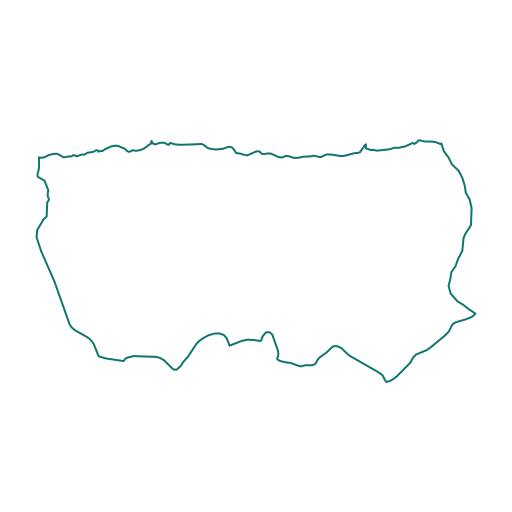 outline of Tarapacá, rotated 92°
{"feature_id": "CHL-2693", "entity_name": "Tarapacá", "entity_type": "Region", "adm_level": 1, "iso_a3": "CHL", "parent_name": "Chile", "parent_adm1": "", "projection": "equal_earth", "projection_center": [-69.568, -20.2], "detail": "fine", "context": "isolated", "style": "outline", "palette": "teal", "viewbox_px": 512, "rotation_deg": 92, "n_neighbors": 0, "source": "natural_earth", "source_scale": "10m", "svg_char_len": 3391}
<svg xmlns="http://www.w3.org/2000/svg" viewBox="0 0 512 512"><g transform="rotate(92 256 256)"><path d="M306.0,34.8L308.0,36.5L309.7,38.9L312.1,44.5L315.2,53.8L316.6,56.3L318.5,57.8L324.7,60.6L328.9,64.4L341.3,78.3L344.3,82.5L348.9,92.7L352.5,95.7L357.2,98.0L371.3,111.0L374.0,114.3L376.3,117.8L377.3,121.2L376.1,122.4L370.8,125.4L369.0,127.8L366.1,133.0L360.2,144.2L353.0,157.9L350.7,161.2L345.2,167.3L343.5,170.9L343.2,174.1L344.1,176.4L350.4,182.6L354.6,188.2L356.8,190.3L360.9,192.5L362.2,193.7L363.2,196.1L363.3,197.3L363.4,202.5L364.0,204.9L364.5,206.0L364.7,207.1L364.3,209.6L361.6,217.9L361.4,221.3L360.3,227.4L359.7,229.2L358.5,231.0L357.3,231.2L355.9,230.6L354.1,230.2L350.0,230.7L333.9,237.0L331.6,240.0L332.0,243.4L336.0,246.6L340.3,247.8L340.7,249.6L340.1,254.6L339.9,261.5L341.4,267.4L346.5,279.2L339.1,282.5L336.1,285.4L334.6,290.1L335.1,295.5L337.0,300.9L339.8,305.7L342.7,309.5L345.6,312.3L359.0,320.5L365.1,325.5L368.5,327.3L372.4,331.4L372.3,334.6L363.3,344.4L361.3,348.1L360.3,352.2L360.3,375.0L362.5,382.3L365.6,384.7L363.7,401.9L362.1,408.7L361.5,409.6L360.5,410.3L349.6,415.1L347.3,416.8L344.7,419.3L343.0,421.8L336.4,434.6L333.7,437.8L331.0,439.8L288.2,456.7L258.9,470.8L245.1,475.9L237.8,475.6L226.3,469.3L225.0,467.6L223.8,466.6L209.6,466.5L208.1,465.4L206.8,465.0L205.7,465.2L204.1,466.0L202.9,466.3L201.9,466.4L197.5,465.9L188.1,470.0L184.5,476.8L182.8,477.2L181.3,477.2L178.6,476.4L174.7,475.9L165.4,476.3L165.1,476.3L165.4,473.6L164.4,470.4L162.2,466.2L161.0,461.7L160.8,458.2L161.6,456.7L162.3,455.0L163.5,453.0L164.1,451.2L163.1,447.1L162.9,443.8L161.7,442.3L161.7,440.7L162.2,439.7L162.6,438.5L162.1,437.2L161.4,435.5L160.6,433.2L160.6,430.8L158.6,428.0L158.4,426.0L157.5,422.1L157.0,421.2L156.3,420.3L155.9,419.2L156.0,418.2L156.3,417.3L156.7,416.7L156.9,416.8L156.4,413.1L154.7,410.9L151.5,404.6L150.6,400.0L151.0,396.9L151.8,395.2L153.3,390.9L155.9,388.0L156.3,386.0L154.5,382.6L155.1,380.0L154.5,376.5L153.6,374.1L152.8,372.1L150.9,369.6L148.9,367.3L147.5,365.0L145.1,364.6L144.9,364.3L147.1,363.0L148.0,360.8L146.2,355.7L146.0,351.5L147.8,348.1L147.8,346.9L147.1,346.7L146.8,346.4L146.5,346.1L146.0,345.7L147.3,340.6L147.5,334.9L146.2,316.8L145.9,314.3L146.8,312.2L149.8,307.9L150.4,305.2L151.0,300.2L150.4,295.6L149.9,292.4L148.1,288.1L147.7,285.9L148.4,283.7L151.4,281.0L153.8,279.5L154.3,274.4L154.9,273.1L155.7,268.2L151.8,260.1L151.2,258.0L151.6,255.9L152.3,255.2L153.2,254.5L153.9,252.7L153.8,251.4L153.1,247.4L153.0,245.5L153.8,242.9L156.2,237.4L156.7,233.9L156.4,232.8L155.1,230.2L154.9,228.5L155.1,226.7L156.3,222.9L156.6,221.2L156.4,217.3L155.1,212.2L154.7,206.4L153.8,201.7L154.0,199.9L154.8,196.5L154.8,194.5L152.0,189.1L152.0,184.2L153.2,174.7L152.9,171.6L149.8,161.2L149.4,157.6L148.6,155.7L145.3,153.5L141.4,151.1L140.9,150.2L144.6,149.8L145.4,147.0L146.1,145.0L145.9,142.1L146.5,138.9L145.4,131.0L144.6,125.9L143.0,121.6L142.9,117.0L141.1,110.4L137.7,103.6L137.9,102.4L138.4,101.6L137.2,99.8L135.6,98.1L134.8,97.6L134.7,96.0L135.5,92.7L135.7,90.9L135.5,83.9L135.9,80.5L137.6,75.9L137.1,74.7L144.8,71.9L150.6,67.2L157.6,63.3L164.0,56.3L171.0,52.4L177.9,50.0L185.5,48.5L191.9,44.5L200.6,42.2L210.5,42.2L217.5,42.2L221.6,44.5L226.8,47.7L230.9,49.2L243.7,50.0L251.8,53.9L259.4,56.3L265.2,60.2L272.1,61.0L279.1,62.5L286.7,60.2L294.3,53.1L297.2,47.7L301.2,42.2L305.9,34.8L306.0,34.8Z" fill="none" stroke="#0f766e" stroke-width="2"/></g></svg>